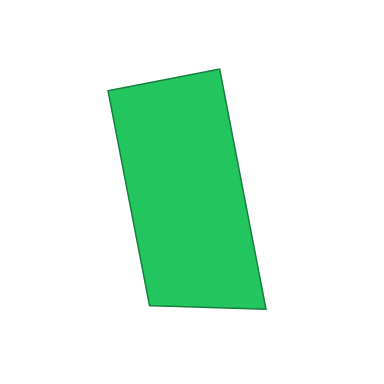 58, Ar Rayyān, Qatar (orthographic projection), rotated 212°
{"feature_id": "91078587B98938999484026", "entity_name": "58", "entity_type": "district", "adm_level": 2, "iso_a3": "QAT", "parent_name": "Qatar", "parent_adm1": "Ar Rayyān", "projection": "orthographic", "projection_center": [51.48, 25.241], "detail": "fine", "context": "isolated", "style": "filled", "palette": "green", "viewbox_px": 384, "rotation_deg": 212, "n_neighbors": 0, "source": "geoboundaries", "source_scale": "gbopen_adm2", "svg_char_len": 228}
<svg xmlns="http://www.w3.org/2000/svg" viewBox="0 0 384 384"><g transform="rotate(212 192 192)"><path d="M167.8,73.1L67.1,131.8L233.7,310.9L316.9,233.4L167.8,73.1Z" fill="#22c55e" stroke="#15803d" stroke-width="1.5"/></g></svg>